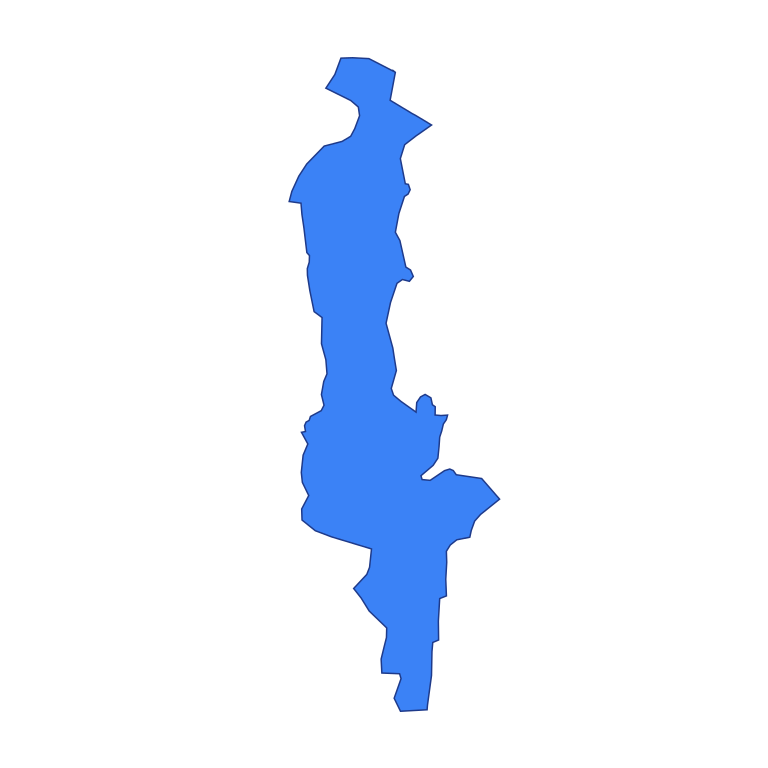 Medani Al Kubra, Gezira, Sudan (Mercator projection), rotated 208°
{"feature_id": "16777658B51514444411297", "entity_name": "Medani Al Kubra", "entity_type": "district", "adm_level": 2, "iso_a3": "SDN", "parent_name": "Sudan", "parent_adm1": "Gezira", "projection": "mercator", "projection_center": [33.605, 14.33], "detail": "fine", "context": "isolated", "style": "filled", "palette": "blue", "viewbox_px": 768, "rotation_deg": 208, "n_neighbors": 0, "source": "geoboundaries", "source_scale": "gbopen_adm2", "svg_char_len": 1923}
<svg xmlns="http://www.w3.org/2000/svg" viewBox="0 0 768 768"><g transform="rotate(208 384 384)"><path d="M463.6,635.0L478.6,635.8L482.4,636.0L486.3,636.0L511.8,637.4L520.3,664.5L524.2,665.2L520.7,664.6L550.1,664.2L564.9,657.3L575.0,651.5L572.7,634.2L574.2,617.9L546.4,618.7L536.7,616.5L531.5,609.4L529.7,595.7L529.7,587.1L534.9,578.5L548.5,566.0L555.5,542.0L556.8,527.6L555.8,510.8L553.4,500.6L542.2,504.7L536.0,495.1L527.9,484.1L513.8,463.8L510.1,462.4L507.2,456.5L505.9,449.9L502.6,444.0L493.3,431.6L479.7,415.1L469.9,413.6L458.1,390.2L455.0,386.9L446.7,378.1L439.1,366.2L438.4,358.0L434.3,345.3L427.0,337.1L426.9,331.0L433.7,320.8L433.0,316.7L434.9,313.8L434.6,309.9L431.0,305.2L434.2,302.6L423.1,295.3L422.0,283.2L415.5,267.1L409.9,258.8L398.1,250.2L398.0,235.0L392.5,225.4L375.8,222.2L358.6,224.4L317.6,232.5L310.7,215.4L309.8,207.8L314.8,189.2L303.7,184.3L290.5,176.6L267.1,169.9L262.8,161.3L260.7,152.8L257.4,139.8L250.2,127.8L234.2,135.5L230.6,131.8L227.5,111.3L215.8,102.8L193.0,116.6L194.9,121.0L205.2,148.9L216.0,170.2L219.6,178.7L215.6,183.6L224.7,200.2L234.1,220.7L229.4,226.2L237.8,240.6L244.9,256.0L250.4,265.6L249.9,273.0L246.6,280.6L236.3,289.0L238.2,295.7L239.6,305.5L237.5,314.2L227.9,336.6L253.4,346.4L277.6,337.8L282.2,340.1L286.0,339.8L289.9,335.9L298.0,320.6L305.5,317.5L308.3,320.4L302.4,335.3L301.6,343.8L305.9,354.3L309.9,363.3L311.0,369.7L312.8,376.5L312.2,381.7L313.1,385.7L313.3,386.4L313.7,386.1L318.9,382.9L324.3,380.6L328.1,388.0L331.5,388.4L336.1,393.8L342.8,394.1L345.7,389.7L346.4,383.0L342.5,374.2L360.9,376.6L370.3,378.6L375.5,383.5L379.4,401.7L387.3,412.1L393.1,419.9L410.7,438.6L416.5,459.0L419.8,479.0L416.8,484.9L409.8,486.6L408.6,492.7L414.1,497.1L419.6,497.5L437.3,518.1L445.2,523.3L450.9,541.5L454.0,559.2L451.9,563.0L452.1,567.8L456.2,571.7L459.2,570.8L475.4,590.7L478.1,605.0L472.1,618.3L468.5,625.3L463.6,635.0Z" fill="#3b82f6" stroke="#1e3a8a" stroke-width="1.5"/></g></svg>